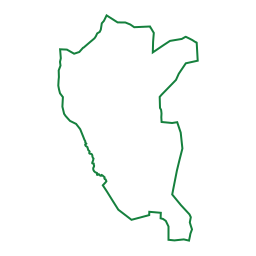 Garun Malam, Kano, Nigeria
{"feature_id": "59680162B19163785016026", "entity_name": "Garun Malam", "entity_type": "district", "adm_level": 2, "iso_a3": "NGA", "parent_name": "Nigeria", "parent_adm1": "Kano", "projection": "robinson", "projection_center": [8.393, 11.657], "detail": "fine", "context": "isolated", "style": "outline", "palette": "green", "viewbox_px": 256, "rotation_deg": 0, "n_neighbors": 0, "source": "geoboundaries", "source_scale": "gbopen_adm2", "svg_char_len": 1914}
<svg xmlns="http://www.w3.org/2000/svg" viewBox="0 0 256 256"><path d="M106.6,15.4L103.9,20.9L101.8,23.3L100.8,29.6L99.7,31.9L97.2,33.4L95.8,36.4L94.5,38.3L92.4,40.1L89.9,42.2L83.6,47.6L83.0,47.8L79.3,52.0L74.1,53.7L66.9,49.6L60.1,49.3L60.8,58.3L60.0,61.9L60.5,65.6L58.7,70.4L58.9,77.1L58.6,80.0L58.3,85.6L59.0,89.4L60.0,93.3L62.9,97.1L62.4,106.7L64.1,113.8L65.6,116.0L68.0,118.7L70.0,120.9L76.1,123.9L80.2,129.2L83.2,136.6L84.4,139.7L85.3,141.3L85.3,142.4L85.7,142.9L86.3,143.7L85.9,144.1L85.2,144.5L85.3,145.2L85.7,145.9L86.3,146.3L87.4,147.1L87.9,148.9L88.4,150.3L89.2,150.9L89.6,151.6L89.2,153.0L89.6,153.6L90.3,153.8L91.3,153.9L92.0,154.5L92.4,155.7L92.4,156.6L92.7,157.3L92.9,157.9L93.5,158.5L93.3,159.4L93.1,160.4L92.7,161.5L92.3,162.4L92.3,163.3L92.8,163.5L93.7,163.6L93.8,164.1L93.8,164.9L94.1,165.6L94.0,166.7L93.5,167.3L93.3,167.9L93.2,168.9L93.4,169.9L94.0,171.1L95.4,172.4L96.9,172.9L97.1,174.1L97.0,174.7L97.5,174.9L98.2,174.7L98.8,174.2L100.2,175.6L101.0,175.8L101.6,175.0L102.3,175.3L103.0,175.9L103.7,176.5L104.6,177.3L104.4,178.4L104.8,179.1L105.6,179.4L106.4,181.2L105.7,182.2L102.8,185.3L106.9,191.5L112.5,200.5L118.3,209.7L131.5,219.8L149.2,215.1L149.3,211.8L160.8,212.8L160.6,218.3L163.1,219.0L165.8,220.9L168.5,226.5L168.5,239.8L174.4,240.4L183.8,239.4L189.0,240.6L189.9,236.5L190.4,233.7L192.0,229.4L190.7,225.4L189.8,222.4L190.8,217.2L189.5,214.4L180.9,205.1L172.2,194.5L176.9,170.6L179.5,159.9L182.4,148.5L180.7,132.6L177.2,122.2L172.1,123.0L161.6,122.0L161.3,117.3L161.5,113.6L161.4,112.4L161.1,109.9L160.0,107.9L159.7,96.9L161.6,94.7L176.0,79.9L178.8,73.7L185.8,63.3L197.7,60.7L196.7,42.8L196.3,42.6L196.3,42.4L194.8,41.7L192.4,40.1L189.3,38.5L185.8,36.8L185.4,36.9L181.7,39.0L180.8,39.1L170.0,40.9L163.9,44.9L152.8,52.4L153.1,41.7L153.8,32.9L150.2,26.9L150.1,27.0L149.8,26.5L134.2,27.2L130.3,24.5L125.4,22.5L117.6,22.4L106.6,15.4Z" fill="none" stroke="#15803d" stroke-width="2"/></svg>